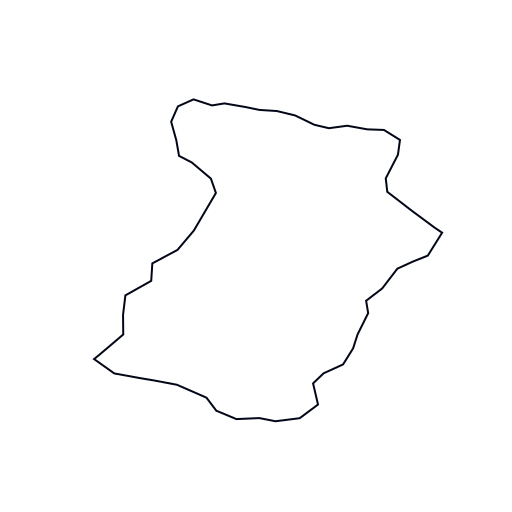 Tranås, Jönköping, Sweden (Mercator projection), rotated 302°
{"feature_id": "70781695B97967886830889", "entity_name": "Tranås", "entity_type": "district", "adm_level": 2, "iso_a3": "SWE", "parent_name": "Sweden", "parent_adm1": "Jönköping", "projection": "mercator", "projection_center": [14.881, 58.063], "detail": "fine", "context": "isolated", "style": "outline", "palette": "ink", "viewbox_px": 512, "rotation_deg": 302, "n_neighbors": 0, "source": "geoboundaries", "source_scale": "gbopen_adm2", "svg_char_len": 893}
<svg xmlns="http://www.w3.org/2000/svg" viewBox="0 0 512 512"><g transform="rotate(302 256 256)"><path d="M374.4,401.5L374.7,392.3L377.0,363.5L380.0,333.3L390.6,324.9L417.1,322.7L430.7,316.6L430.7,297.7L422.4,283.3L414.9,264.6L414.8,264.3L403.0,250.1L398.2,235.9L395.9,214.6L390.0,196.9L381.7,181.5L376.9,168.5L368.7,148.4L360.4,138.9L355.7,120.0L341.5,110.5L324.9,112.9L317.4,121.1L311.9,127.1L300.1,137.7L301.3,151.9L297.7,176.8L288.2,188.6L244.5,189.8L219.6,186.2L194.8,172.0L179.4,180.3L153.4,166.1L135.7,174.4L119.1,185.0L89.5,175.6L82.8,173.3L81.3,198.0L90.7,221.7L96.6,235.9L104.9,257.2L109.6,289.1L103.7,304.5L103.8,304.6L107.3,325.8L120.3,344.7L126.2,360.1L141.6,379.0L162.9,387.3L178.2,371.9L192.4,375.5L210.2,387.3L229.1,387.3L243.3,383.7L267.0,381.4L276.4,373.1L295.3,380.2L320.2,382.6L334.4,392.0L347.4,401.5L374.4,401.5Z" fill="none" stroke="#020617" stroke-width="2"/></g></svg>